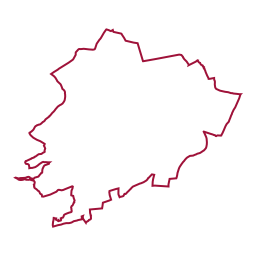 the district of Coseiu, Salaj, Romania
{"feature_id": "2599482B83775863976208", "entity_name": "Coseiu", "entity_type": "district", "adm_level": 2, "iso_a3": "ROU", "parent_name": "Romania", "parent_adm1": "Salaj", "projection": "robinson", "projection_center": [23.002, 47.332], "detail": "fine", "context": "isolated", "style": "outline", "palette": "rose", "viewbox_px": 256, "rotation_deg": 0, "n_neighbors": 0, "source": "geoboundaries", "source_scale": "gbopen_adm2", "svg_char_len": 5633}
<svg xmlns="http://www.w3.org/2000/svg" viewBox="0 0 256 256"><path d="M221.3,135.5L221.5,134.8L222.3,133.5L223.8,130.2L225.4,126.4L226.4,124.5L226.7,124.0L228.8,121.7L229.3,120.2L230.3,117.8L231.2,115.3L231.8,114.3L232.0,113.3L233.7,109.7L235.2,107.4L239.2,98.3L240.5,94.3L240.6,94.2L239.1,94.2L238.0,94.0L233.2,93.5L232.6,93.2L230.9,93.1L228.2,92.2L225.1,91.8L220.2,90.7L219.4,90.4L216.2,88.9L215.4,87.8L215.2,87.3L214.8,84.6L214.9,82.1L214.8,81.0L214.3,80.0L214.1,78.8L214.1,78.0L209.4,78.9L208.6,78.9L208.4,78.0L207.2,75.7L205.7,72.2L205.1,70.3L203.9,68.3L204.2,68.1L203.5,67.3L203.5,67.1L203.7,66.9L202.8,66.3L202.7,66.1L202.9,65.9L202.7,65.5L200.9,64.6L200.3,63.6L200.1,62.9L199.3,62.6L198.9,62.3L197.6,60.8L197.6,60.7L197.8,60.4L197.5,60.3L196.5,61.1L195.7,61.7L188.7,65.2L188.8,64.9L188.7,64.6L186.6,61.5L184.2,59.1L183.5,57.9L183.1,57.6L183.0,56.9L181.4,55.0L179.2,54.6L155.8,59.0L143.4,61.2L143.0,61.2L137.6,43.2L133.6,42.6L125.6,40.7L124.1,37.9L121.9,34.6L121.6,34.0L121.5,33.8L121.2,33.6L113.5,31.9L113.2,31.5L112.8,30.0L111.0,31.1L110.1,30.8L108.7,30.1L106.4,29.4L106.2,29.5L103.9,32.8L100.9,38.0L100.0,39.2L99.6,39.5L96.7,43.7L95.2,48.3L94.7,49.2L94.0,49.5L92.9,49.7L89.0,49.4L83.8,48.8L80.8,49.1L79.2,49.0L78.7,49.2L78.0,49.8L77.6,50.3L75.8,52.3L75.7,53.0L75.7,54.8L73.2,59.3L72.7,59.8L68.6,62.7L58.6,68.9L58.0,69.5L53.8,72.1L51.1,74.0L53.9,76.1L55.3,77.6L57.1,80.6L57.3,81.2L60.5,84.2L61.0,85.1L61.9,87.3L62.4,88.9L63.6,89.8L64.4,90.7L64.9,91.8L65.0,92.4L64.9,93.3L65.1,94.2L65.2,96.4L65.1,97.5L64.7,100.0L64.1,101.4L62.6,103.5L61.2,104.5L59.8,105.2L57.8,106.6L55.3,109.5L54.8,110.3L53.7,111.6L52.3,112.9L50.2,115.5L49.5,115.9L49.4,116.4L45.5,119.4L44.6,120.8L43.5,121.7L42.8,122.0L41.8,123.0L40.4,124.2L39.3,124.6L38.8,124.6L37.6,125.1L37.2,125.1L36.6,125.6L35.5,126.2L34.8,127.1L33.7,129.2L33.2,129.9L31.7,131.3L30.2,132.4L29.5,132.7L29.4,132.9L29.5,133.4L30.6,135.2L33.3,137.7L36.9,139.8L40.3,141.2L44.7,143.9L44.5,144.8L43.9,145.6L44.0,145.9L44.6,147.0L45.2,148.5L44.6,150.3L44.6,150.9L44.7,151.8L44.0,152.3L42.9,152.8L41.5,153.9L39.9,154.1L39.1,154.1L38.6,154.3L37.5,155.0L36.8,155.6L35.4,156.6L34.8,156.7L34.5,157.0L34.3,157.3L34.0,157.3L32.8,158.0L32.2,158.0L31.9,158.3L31.3,158.5L31.0,158.9L30.2,159.1L29.3,159.7L29.0,159.7L26.3,161.0L25.9,161.0L25.5,161.4L25.2,162.2L25.2,162.6L25.7,163.4L26.1,163.9L27.6,164.0L28.1,164.2L28.6,164.6L28.8,164.8L29.3,166.9L29.3,168.2L30.4,168.0L32.3,167.9L35.3,167.1L37.5,165.7L39.5,164.0L42.3,162.2L43.2,161.9L44.5,162.2L45.5,162.1L47.7,162.3L49.6,162.3L49.1,162.7L48.9,163.8L44.5,165.4L43.8,166.3L42.6,168.8L42.3,170.2L42.2,172.4L42.1,172.7L41.0,173.2L40.8,173.7L40.0,174.5L38.4,176.6L34.6,177.7L33.8,178.6L33.0,178.7L31.8,178.6L31.5,178.4L30.2,178.1L29.6,177.2L28.8,176.9L28.1,176.9L27.1,177.1L26.1,177.6L24.4,177.9L20.2,178.1L19.0,178.4L18.3,178.4L15.6,177.6L15.4,177.7L17.9,179.0L18.5,179.6L20.1,180.0L21.3,180.0L22.8,179.8L24.6,179.2L25.0,179.2L26.0,179.7L27.1,179.8L27.8,179.7L28.3,179.8L29.0,179.8L29.2,179.7L29.7,179.3L31.2,180.1L31.8,180.0L32.2,180.3L32.5,180.2L32.6,180.4L33.2,180.3L33.7,180.5L34.5,181.8L34.7,182.0L34.7,182.6L34.4,184.1L33.9,184.6L34.2,185.1L34.1,185.4L34.2,185.5L34.3,186.1L34.1,186.3L34.1,186.6L34.3,187.0L34.3,187.4L34.4,187.7L35.3,188.5L36.3,189.1L37.3,190.0L37.9,190.7L38.9,191.2L39.6,192.3L40.0,193.4L40.6,194.0L41.7,194.5L42.1,196.5L43.5,196.6L50.2,194.6L56.4,191.7L57.9,190.1L58.3,189.9L59.5,189.9L61.7,190.3L63.4,189.9L64.5,189.4L72.2,186.3L72.8,186.6L72.5,188.4L71.5,190.7L71.2,195.2L71.3,195.4L73.2,195.9L73.8,198.4L74.6,200.4L74.2,201.3L74.3,201.5L74.0,202.3L74.2,202.5L74.0,202.8L73.5,203.1L73.2,204.2L72.5,205.5L71.7,206.0L71.3,206.8L71.1,207.4L71.2,207.9L71.4,208.2L71.4,209.3L71.7,210.9L71.6,211.5L71.5,211.8L71.1,212.1L68.9,212.7L66.8,213.5L65.2,214.2L64.2,214.8L64.0,215.1L63.8,215.5L63.6,216.5L62.8,217.7L61.5,217.9L60.8,218.3L61.0,218.7L61.1,219.5L61.1,219.9L60.8,220.5L60.0,220.6L59.8,220.8L59.4,220.8L59.0,220.5L59.0,220.8L58.6,221.1L58.3,221.1L57.5,220.5L57.3,220.3L56.7,220.0L56.3,219.5L56.0,219.5L56.0,218.9L56.2,218.4L55.9,218.3L55.6,218.6L55.2,218.6L54.7,218.5L54.0,217.9L53.7,217.9L53.5,220.2L53.1,221.7L52.8,224.4L52.8,225.4L53.1,226.6L57.9,225.2L61.1,224.6L63.5,223.7L66.4,223.1L69.2,223.1L70.5,222.8L71.6,222.5L73.8,221.2L77.1,220.5L78.0,220.1L81.9,219.3L81.8,218.9L82.0,218.8L81.7,216.4L83.0,215.9L82.8,216.5L82.8,217.4L83.1,218.6L83.3,219.1L85.9,222.8L86.1,222.2L86.7,221.7L87.4,221.5L87.7,221.1L88.3,220.9L88.5,220.7L88.8,220.1L89.2,219.8L90.0,219.6L90.5,219.3L90.9,218.8L91.0,218.3L90.9,216.7L90.6,215.2L90.8,215.2L90.1,213.1L89.9,209.5L102.1,208.4L102.6,205.2L102.9,202.7L109.3,200.5L111.1,199.7L109.7,195.1L109.3,192.2L109.5,191.0L116.0,189.0L118.5,188.4L118.4,193.4L118.5,194.5L119.6,197.2L120.7,196.7L121.4,196.7L123.2,196.1L123.5,195.9L124.4,194.0L124.8,193.8L125.5,194.0L126.0,193.7L126.4,193.3L126.9,192.6L129.2,190.4L129.9,189.6L131.0,188.6L131.3,188.1L132.9,186.6L140.0,183.5L140.7,183.4L143.6,182.2L146.2,180.6L147.5,179.4L147.9,178.3L148.4,178.1L151.9,174.4L154.2,174.8L153.1,179.2L152.7,181.8L152.5,185.8L154.8,185.6L168.5,186.5L168.5,184.3L169.6,178.9L176.3,178.3L176.7,177.2L177.2,175.1L177.5,173.0L179.0,168.3L179.8,166.7L181.7,163.9L183.1,162.0L184.0,161.1L185.1,159.6L186.5,158.1L187.2,157.5L189.9,155.9L193.1,155.6L194.9,154.8L196.3,154.3L197.3,153.7L199.3,153.2L200.3,152.8L203.7,150.5L204.0,150.4L205.7,148.4L206.0,147.9L206.4,146.7L206.8,144.4L206.9,142.3L206.6,138.6L206.2,137.1L204.3,132.9L203.7,131.7L203.8,131.6L210.4,133.8L212.8,134.5L213.8,135.0L214.8,135.1L215.7,136.0L216.2,136.1L217.2,135.5L217.6,135.4L221.0,135.6L221.3,135.5Z" fill="none" stroke="#9f1239" stroke-width="2"/></svg>